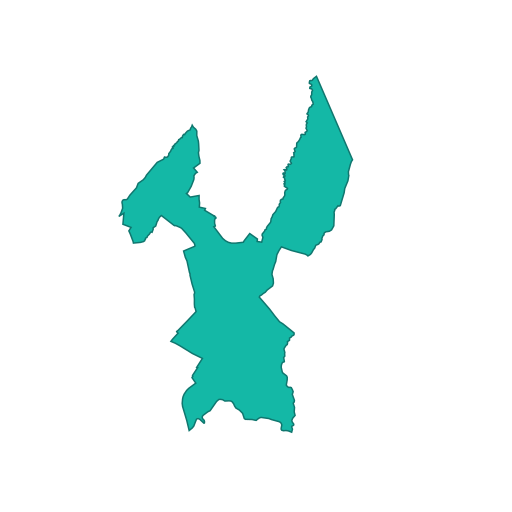 the district of Papalotla de Xicohténcatl, Tlaxcala, Mexico, rotated 309°
{"feature_id": "50627088B24838191434080", "entity_name": "Papalotla de Xicohténcatl", "entity_type": "district", "adm_level": 2, "iso_a3": "MEX", "parent_name": "Mexico", "parent_adm1": "Tlaxcala", "projection": "robinson", "projection_center": [-98.192, 19.172], "detail": "fine", "context": "isolated", "style": "filled", "palette": "teal", "viewbox_px": 512, "rotation_deg": 309, "n_neighbors": 0, "source": "geoboundaries", "source_scale": "gbopen_adm2", "svg_char_len": 6138}
<svg xmlns="http://www.w3.org/2000/svg" viewBox="0 0 512 512"><g transform="rotate(309 256 256)"><path d="M141.5,394.6L144.4,393.3L145.7,391.2L146.2,391.0L148.1,391.7L148.5,391.6L149.1,391.1L149.8,388.6L150.7,387.3L153.1,386.6L156.7,386.7L158.9,383.8L162.6,381.2L164.9,377.7L165.9,377.3L166.6,377.6L168.0,376.7L171.3,371.3L173.9,370.3L174.9,368.6L175.9,366.3L175.7,365.6L174.4,364.0L174.3,362.6L174.6,361.0L175.4,360.4L179.5,358.1L181.4,356.6L182.1,355.2L182.0,350.5L182.4,349.4L185.4,345.6L187.2,344.4L189.0,343.7L190.3,343.7L191.4,344.5L191.9,344.4L194.5,341.4L196.3,341.4L198.0,339.8L199.2,339.1L201.0,336.6L201.8,336.0L205.6,335.6L206.8,336.0L208.4,335.2L209.2,334.3L211.5,335.1L213.4,333.7L215.2,334.4L216.4,334.3L218.2,335.1L219.1,334.9L220.2,334.0L220.2,319.6L219.7,315.7L221.2,308.4L223.3,299.9L226.1,284.4L227.7,284.1L229.1,284.8L231.3,285.2L233.6,286.0L236.7,286.1L243.2,287.7L245.9,286.6L249.1,283.7L251.8,279.9L255.1,278.0L256.1,277.8L261.1,275.7L264.1,274.8L270.2,271.4L274.9,270.4L279.1,270.0L282.5,279.9L288.4,293.0L288.8,294.9L288.7,296.3L291.5,297.3L293.5,297.3L297.2,296.6L298.8,296.7L301.7,295.8L302.5,295.9L303.8,296.8L305.0,297.2L306.9,297.0L307.9,297.7L310.3,297.0L311.0,296.2L312.7,295.6L313.8,295.3L315.3,295.5L316.3,294.7L317.1,294.6L318.7,295.0L321.3,297.4L323.8,298.3L328.4,297.5L337.5,290.7L339.3,289.0L340.8,288.6L341.8,287.8L342.7,288.2L346.7,288.1L346.9,289.0L348.2,289.8L360.6,284.7L364.3,282.5L372.3,280.1L377.1,277.4L377.5,276.7L379.6,274.8L386.8,271.6L389.4,270.7L391.5,270.5L433.7,189.9L429.9,189.0L428.1,189.2L427.4,188.9L426.8,188.0L426.0,187.5L424.6,188.1L423.7,188.9L424.2,190.6L424.1,191.6L423.0,192.4L421.4,191.6L420.3,192.1L420.1,192.3L420.2,192.9L420.9,193.7L420.8,194.6L420.3,195.7L418.5,196.1L416.4,197.8L414.8,198.0L414.0,198.5L413.3,199.9L412.2,201.3L411.7,202.9L410.1,204.9L408.4,204.5L407.0,205.2L406.0,204.5L404.9,204.2L403.0,204.7L400.4,206.1L398.9,206.0L398.5,206.2L398.6,207.7L398.0,208.6L396.5,208.6L395.2,210.0L391.9,210.4L391.7,212.1L390.1,212.2L389.0,213.0L388.2,214.0L386.8,214.4L385.7,216.8L384.6,217.0L383.1,216.4L382.6,216.6L382.1,217.4L381.6,217.7L380.8,217.3L379.4,215.0L378.7,214.7L378.0,214.9L376.6,216.3L376.0,216.1L373.6,216.7L371.6,216.9L369.4,216.6L366.1,219.0L365.3,218.9L364.4,218.3L363.3,218.3L361.8,220.7L359.9,220.3L359.1,221.6L358.6,221.6L357.4,222.9L356.9,223.1L355.5,221.5L354.9,221.4L353.7,222.2L351.3,222.8L350.9,223.2L350.7,224.7L350.2,225.3L348.9,225.0L347.8,223.3L347.3,223.3L345.8,224.9L345.4,224.7L344.8,223.9L343.7,223.8L343.1,225.1L342.4,225.7L342.0,225.6L341.4,224.1L340.7,223.5L340.3,225.1L338.8,226.5L337.8,225.1L337.5,225.0L337.0,225.4L336.7,225.3L336.3,226.4L337.1,226.7L337.1,227.2L336.4,228.2L335.7,228.2L335.1,227.6L334.5,227.7L334.5,229.3L333.7,229.9L333.3,231.1L332.4,231.5L332.0,231.0L331.6,231.0L331.1,232.5L330.6,232.8L329.8,232.3L329.5,232.6L329.4,233.7L328.2,233.9L328.0,234.2L328.4,237.9L327.6,238.3L325.7,237.6L325.0,237.7L323.2,238.5L321.7,239.9L320.6,240.4L318.3,240.5L317.3,241.1L316.1,240.1L314.7,239.9L313.7,240.5L313.0,241.4L310.8,241.5L310.0,242.3L309.2,242.6L308.5,242.8L307.4,242.2L302.9,243.3L298.7,243.1L296.7,243.9L294.5,244.3L291.9,245.9L291.1,246.1L286.0,246.1L284.6,246.4L283.4,247.2L282.0,246.5L280.8,247.0L277.0,247.0L275.9,247.7L274.9,249.6L270.3,251.7L268.0,247.7L270.1,246.4L269.5,237.0L260.4,237.2L258.7,237.5L253.2,232.1L250.6,228.9L249.2,225.8L248.6,222.6L248.7,219.0L252.2,204.8L253.4,205.5L253.8,205.5L255.3,203.3L257.6,201.4L259.2,200.7L260.4,201.0L260.8,200.2L260.5,199.0L260.9,199.1L261.1,198.6L260.7,197.7L259.2,187.3L261.1,186.8L258.3,181.2L261.7,178.8L264.2,176.1L267.2,173.7L260.4,167.8L260.8,162.6L262.2,163.0L269.4,161.8L276.2,159.6L277.7,158.7L279.3,157.2L282.3,157.0L284.1,157.7L285.1,152.1L292.8,154.1L294.9,152.3L297.6,148.8L300.1,146.2L302.2,145.2L307.0,140.9L309.0,138.9L312.3,134.2L315.8,131.4L316.6,129.4L316.7,126.3L317.5,124.1L315.8,124.7L314.0,124.8L312.8,125.5L309.9,124.1L306.4,123.9L305.4,124.2L304.9,123.2L303.1,123.4L301.7,124.2L301.5,123.8L301.0,123.5L298.3,123.1L297.8,122.7L296.3,123.3L295.4,122.9L294.4,123.2L291.7,122.5L291.2,122.9L289.9,122.4L289.5,123.1L288.2,122.4L287.8,122.8L287.7,123.7L287.4,123.8L286.6,123.2L285.4,123.2L283.8,123.7L280.7,123.8L279.2,124.8L277.1,124.9L275.8,123.7L275.5,122.7L274.9,122.6L274.1,123.1L273.0,123.2L266.6,120.3L249.9,120.0L247.4,120.5L244.2,120.4L238.3,118.7L233.7,120.2L224.1,119.7L219.1,120.2L218.1,119.7L216.7,118.0L215.6,117.4L214.2,117.6L213.1,118.3L212.0,119.7L209.2,122.3L204.6,123.9L201.8,124.5L200.4,124.5L206.1,126.4L196.9,132.6L199.6,140.9L195.5,141.4L194.0,144.4L189.9,151.4L188.9,152.6L193.8,157.6L196.4,159.5L197.9,159.9L198.5,159.5L199.5,159.5L200.1,159.0L200.7,159.0L201.8,159.6L203.4,159.1L206.0,159.4L207.2,159.2L208.2,159.2L208.8,159.6L209.0,160.3L212.0,159.3L213.2,158.3L216.2,159.2L220.4,157.5L221.9,157.4L223.7,156.8L225.6,156.6L227.9,157.0L228.2,172.8L228.4,173.8L229.2,174.6L230.5,179.2L230.7,180.9L229.8,186.9L227.0,200.2L225.5,202.2L225.0,202.3L214.3,196.6L210.5,201.9L208.7,205.5L201.3,214.7L200.6,216.0L199.6,216.7L193.9,224.1L189.4,230.9L188.6,231.6L187.1,232.1L183.8,235.2L179.8,238.4L177.5,240.6L177.3,241.4L175.1,244.4L161.7,243.4L148.8,242.2L147.4,241.8L147.2,242.0L147.0,244.0L138.6,243.5L136.1,243.6L137.4,248.1L138.3,253.1L140.2,267.9L142.7,278.8L132.1,280.0L132.5,280.9L123.5,281.8L122.8,282.1L122.6,282.7L121.2,282.8L119.3,289.2L110.8,287.0L107.9,286.7L103.4,287.1L100.7,287.9L98.7,288.9L95.0,291.4L92.9,293.6L84.6,305.7L78.3,313.9L82.2,314.7L84.6,314.7L91.5,312.5L92.5,312.7L93.3,313.5L93.7,315.1L93.3,320.3L93.3,320.7L93.7,321.0L94.7,320.4L95.5,319.4L95.8,318.5L96.0,316.8L96.6,315.9L97.7,315.2L99.0,315.2L104.6,316.6L106.9,317.7L118.1,316.9L121.1,317.4L122.1,318.4L123.3,320.4L123.7,323.1L126.4,326.1L127.4,327.6L127.7,329.1L127.0,331.8L126.0,333.6L125.2,336.0L125.8,340.1L125.3,344.6L122.3,349.2L122.4,350.5L126.5,355.9L128.1,359.2L128.5,359.7L129.8,359.8L132.5,360.6L133.8,361.6L137.8,368.3L138.6,370.9L141.7,378.0L142.1,379.7L141.7,381.2L140.9,382.4L137.9,384.0L137.1,384.7L136.8,385.7L137.5,387.3L139.2,389.1L140.4,391.1L141.5,394.6Z" fill="#14b8a6" stroke="#0f766e" stroke-width="1.5"/></g></svg>